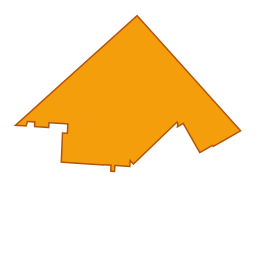 the district of General Villegas, Buenos Aires, Argentina, rotated 48°
{"feature_id": "61730980B52535530003600", "entity_name": "General Villegas", "entity_type": "district", "adm_level": 2, "iso_a3": "ARG", "parent_name": "Argentina", "parent_adm1": "Buenos Aires", "projection": "robinson", "projection_center": [-62.918, -34.876], "detail": "fine", "context": "isolated", "style": "filled", "palette": "amber", "viewbox_px": 256, "rotation_deg": 48, "n_neighbors": 0, "source": "geoboundaries", "source_scale": "gbopen_adm2", "svg_char_len": 760}
<svg xmlns="http://www.w3.org/2000/svg" viewBox="0 0 256 256"><g transform="rotate(48 128 128)"><path d="M205.4,46.2L168.7,46.2L120.5,46.1L120.4,46.1L50.6,46.1L50.6,46.4L50.6,70.0L50.6,70.5L50.6,98.1L50.6,129.1L50.6,146.0L50.6,147.7L50.6,148.7L50.7,209.9L54.0,206.6L55.8,204.7L58.3,202.3L55.9,198.4L60.7,193.7L60.7,193.3L61.0,193.1L64.4,196.5L74.6,186.6L71.2,183.2L78.3,176.2L82.3,172.3L84.7,170.0L91.4,176.6L87.9,180.0L108.7,200.4L117.8,191.7L139.1,170.9L139.0,170.7L144.3,165.5L148.6,169.7L151.3,167.1L147.0,162.8L157.8,152.4L153.5,148.2L158.4,148.1L157.8,130.4L156.4,87.5L158.1,88.1L160.2,90.5L161.5,83.9L194.3,91.1L197.4,76.9L198.7,76.9L200.0,71.2L203.7,54.1L205.3,46.6L205.4,46.4L205.4,46.2Z" fill="#f59e0b" stroke="#b45309" stroke-width="1.5"/></g></svg>